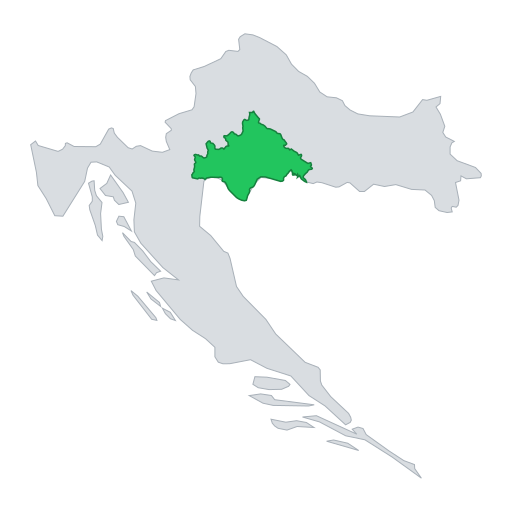 Sisacko-Moslavacka on a map of Croatia (orthographic projection)
{"feature_id": "HRV-1587", "entity_name": "Sisacko-Moslavacka", "entity_type": "County", "adm_level": 1, "iso_a3": "HRV", "parent_name": "Croatia", "parent_adm1": "", "projection": "orthographic", "projection_center": [16.353, 45.412], "detail": "fine", "context": "in_parent", "style": "filled", "palette": "green", "viewbox_px": 512, "rotation_deg": 0, "n_neighbors": 0, "source": "natural_earth", "source_scale": "10m", "svg_char_len": 8271}
<svg xmlns="http://www.w3.org/2000/svg" viewBox="0 0 512 512"><path d="M35.5,141.0L38.2,145.5L58.1,151.4L62.6,149.2L65.3,145.7L65.4,143.4L67.1,142.8L74.1,146.5L95.8,146.7L100.3,144.1L108.7,129.1L111.4,127.9L113.2,128.5L114.3,133.1L117.4,137.3L128.1,147.7L132.2,149.0L136.3,146.3L140.5,145.6L152.3,151.1L162.4,152.3L169.8,149.6L166.3,141.4L165.7,137.3L166.3,133.7L171.4,130.2L171.2,128.6L165.1,122.2L165.5,120.6L179.0,113.7L192.0,109.8L194.1,106.8L196.0,93.6L195.4,86.5L190.2,79.8L189.9,76.5L191.2,73.0L193.2,69.9L204.4,66.4L220.8,58.7L225.8,51.5L228.8,50.3L237.9,51.4L239.8,49.6L238.6,39.3L240.2,36.7L244.9,33.8L252.9,34.9L259.5,37.5L277.0,46.6L286.3,54.9L291.5,64.2L298.6,71.4L307.4,76.4L314.5,83.3L319.8,92.0L327.1,96.8L336.4,97.8L342.4,100.7L344.9,105.6L350.1,110.0L357.8,113.9L369.7,115.8L399.7,117.0L412.9,112.0L422.6,99.6L426.9,100.3L440.7,96.4L440.0,103.6L436.0,107.0L440.4,114.3L444.8,126.3L442.8,132.4L445.7,137.0L454.3,141.4L451.9,142.8L450.1,146.9L450.1,154.1L457.1,160.7L475.5,167.5L481.1,173.4L481.3,175.9L480.4,177.7L466.4,178.8L461.0,175.9L460.6,180.8L455.5,182.5L459.0,200.2L458.0,205.4L456.2,207.2L452.2,206.4L451.2,208.1L452.2,211.9L447.1,212.5L439.0,210.7L435.2,207.4L434.3,200.6L431.6,195.4L425.0,190.0L411.6,189.4L395.8,184.6L384.5,186.5L373.6,184.2L364.4,191.5L359.6,191.5L350.0,182.9L347.2,182.4L339.0,186.9L335.7,187.2L321.9,182.7L316.9,182.0L313.2,183.6L306.6,182.0L290.7,170.7L280.9,179.4L260.9,177.4L255.0,183.3L248.2,194.6L242.7,200.0L237.9,198.1L232.2,193.1L222.4,180.3L217.4,177.9L211.6,177.4L206.6,178.8L203.9,181.3L199.8,216.5L199.6,226.3L210.7,235.5L223.7,251.3L227.9,253.1L230.0,258.3L236.5,286.5L243.2,296.4L265.9,319.4L275.7,334.0L305.1,362.3L318.1,367.3L320.2,369.9L320.4,381.0L321.8,385.1L330.7,396.6L348.6,413.4L350.7,417.3L351.3,420.2L350.2,422.4L345.6,424.8L325.0,405.9L309.0,395.6L290.9,376.0L266.9,368.3L250.5,359.7L229.8,363.7L223.0,363.8L218.3,362.2L214.9,356.8L214.9,347.3L205.4,338.6L192.5,330.3L180.3,319.5L156.1,290.5L151.3,281.2L163.9,277.9L178.5,279.9L162.9,267.6L140.9,243.3L134.4,231.9L133.9,219.8L135.8,203.1L132.0,191.1L115.2,175.3L109.2,167.0L96.7,161.9L91.0,162.2L87.5,168.1L84.7,181.4L62.9,216.2L54.8,215.7L46.2,198.6L37.9,185.6L36.4,172.2L30.7,144.7L35.5,141.0ZM414.5,464.6L414.7,468.6L421.4,478.2L392.2,457.1L364.9,439.8L345.7,435.8L319.5,421.9L302.5,417.0L316.4,415.7L356.8,434.2L352.2,429.2L358.0,427.1L363.0,428.5L366.2,434.6L389.1,451.0L403.8,460.6L414.5,464.6ZM102.8,236.4L102.1,240.6L97.5,235.1L95.3,225.5L89.8,209.8L89.2,205.5L92.3,201.2L92.3,196.9L88.5,183.2L92.0,181.1L94.1,180.8L94.7,190.3L96.4,195.7L102.0,202.5L100.6,213.5L101.4,229.2L102.8,236.4ZM128.4,202.3L118.8,204.5L114.4,200.2L113.3,196.8L105.5,195.5L100.0,188.5L106.8,183.4L110.6,175.0L123.1,192.6L128.4,202.3ZM281.6,389.3L269.1,389.6L258.2,387.7L252.9,384.3L254.9,376.7L267.0,377.2L285.4,380.5L290.0,384.4L288.6,386.3L281.6,389.3ZM314.2,404.8L308.6,406.0L273.2,405.4L263.0,403.2L249.2,395.6L260.7,393.9L271.4,395.5L274.7,399.7L314.2,404.8ZM156.5,272.7L154.5,275.6L135.3,256.0L133.3,249.6L123.9,236.3L122.5,232.7L131.1,241.5L134.4,242.4L142.7,250.9L150.8,261.7L160.6,271.2L156.5,272.7ZM271.0,419.2L285.8,422.2L296.6,420.7L306.4,422.5L314.0,427.5L297.1,426.5L287.0,430.1L278.1,428.3L274.7,426.0L272.3,423.2L271.0,419.2ZM155.9,317.7L156.9,320.4L151.7,319.3L133.0,295.2L131.0,290.6L137.8,296.2L155.9,317.7ZM123.8,216.7L131.4,231.0L124.2,226.5L117.8,224.7L116.4,221.4L118.9,216.2L123.8,216.7ZM347.7,443.2L358.7,450.5L326.6,441.2L333.6,440.0L347.7,443.2ZM170.3,312.3L175.4,320.5L170.5,318.8L165.4,313.7L162.4,308.2L170.3,312.3ZM159.5,302.5L160.6,306.4L151.0,299.0L146.7,292.0L159.5,302.5Z" fill="#d9dde1" stroke="#a8b0b8" stroke-width="1"/><path d="M292.9,175.1L292.5,174.5L292.5,173.6L292.4,172.7L291.7,170.4L291.1,169.8L289.0,171.6L288.8,172.1L288.2,173.0L287.4,173.9L286.8,174.3L286.3,175.6L285.6,176.1L284.7,176.5L284.0,177.2L283.5,178.5L283.6,179.5L283.5,180.3L282.5,181.1L280.6,181.4L265.3,176.9L260.8,176.8L257.2,179.2L254.7,184.8L253.6,186.5L252.8,187.1L250.8,187.8L250.1,188.3L249.5,189.3L249.5,189.9L249.7,190.6L249.5,191.9L249.2,192.7L247.6,195.7L246.8,198.8L246.3,200.3L244.5,200.8L241.6,200.2L238.7,198.9L236.5,197.5L229.5,190.5L228.2,188.7L226.5,184.4L225.4,182.5L224.4,181.7L222.7,181.4L222.1,180.8L222.1,180.3L222.4,179.5L222.4,178.6L221.8,177.6L220.9,177.2L220.0,177.1L218.3,177.4L210.9,177.2L206.8,177.9L205.0,179.4L203.7,178.5L203.4,178.3L203.1,178.3L202.7,178.3L202.5,178.2L202.3,178.1L202.1,178.0L201.9,177.9L201.7,178.0L201.0,178.3L200.7,178.3L200.5,178.2L200.0,178.1L198.9,178.1L198.6,178.2L198.4,178.4L197.9,178.8L197.7,178.9L192.5,177.8L192.3,177.6L192.1,177.0L192.0,176.2L191.9,175.6L191.9,175.0L191.9,174.6L192.3,174.3L192.8,173.4L193.1,172.7L194.1,171.8L194.3,171.5L194.2,171.1L194.0,170.7L193.9,170.2L193.9,169.7L194.0,169.1L194.4,167.8L194.5,167.2L194.6,166.5L194.6,165.9L194.5,165.3L194.4,164.7L194.4,164.2L194.5,163.8L195.7,162.8L195.8,162.6L195.8,162.3L195.6,161.7L195.3,161.2L194.9,160.5L194.7,160.1L194.6,159.7L194.7,159.2L195.2,157.4L195.2,156.9L195.0,156.6L194.3,155.9L194.0,155.5L194.1,155.1L194.5,154.7L195.6,154.4L197.6,155.0L198.6,154.9L198.9,155.2L199.4,156.0L199.8,156.1L200.6,156.0L201.1,156.0L201.7,156.3L202.4,156.9L203.1,157.5L203.5,157.8L203.9,158.0L204.5,157.9L206.1,157.4L206.6,157.0L206.9,156.5L206.9,155.4L207.7,153.9L207.9,153.3L207.7,152.4L207.8,151.7L207.9,151.2L208.2,150.6L208.3,150.1L207.9,149.5L207.5,148.7L207.1,148.1L206.1,143.8L208.1,141.4L209.2,140.9L209.7,141.0L210.0,141.2L210.2,141.5L210.3,141.9L210.4,142.3L210.3,142.6L210.6,142.9L210.8,143.0L212.9,143.4L214.5,145.2L214.9,146.1L214.9,146.4L214.9,146.8L214.8,148.1L215.4,149.2L218.6,149.4L219.7,149.1L220.3,148.5L220.9,148.1L221.5,148.0L222.3,148.0L222.8,148.2L223.2,148.4L223.9,149.1L226.0,146.5L226.6,146.2L227.5,146.0L228.4,146.1L228.7,146.0L228.8,145.8L228.7,145.5L228.5,145.2L228.2,144.9L228.1,144.5L228.1,142.8L228.0,142.2L227.5,141.7L226.2,140.6L225.9,140.3L225.7,139.9L225.7,139.5L225.6,138.7L225.5,138.3L225.1,138.0L224.4,137.8L224.2,137.6L224.0,137.3L223.9,136.7L223.9,136.2L224.1,135.8L224.5,135.7L226.2,135.9L226.9,135.8L227.5,135.5L229.7,133.7L230.9,132.3L231.2,132.1L231.7,131.9L232.1,131.8L232.7,132.0L233.5,132.5L234.1,133.5L234.4,133.9L234.7,134.0L235.5,134.1L236.0,134.3L236.5,134.7L237.1,135.3L237.7,135.8L238.5,135.9L240.6,135.1L241.6,134.2L243.1,131.0L242.7,127.8L243.0,126.4L242.5,123.5L242.6,122.4L242.8,121.7L244.0,119.8L244.4,119.5L244.8,119.4L246.1,120.2L246.6,120.4L246.9,120.4L248.3,120.0L248.6,119.8L248.8,119.5L248.8,119.4L249.1,117.2L249.7,115.0L249.7,114.3L249.7,113.8L249.7,113.3L249.5,112.5L252.5,112.5L252.7,112.4L253.0,111.6L253.2,111.4L253.4,111.3L253.7,111.3L253.9,111.6L254.1,112.2L255.0,113.7L258.2,117.6L259.4,118.8L259.4,119.5L259.1,120.2L258.8,120.9L258.5,122.3L258.6,122.8L258.9,123.0L259.4,123.1L260.1,123.3L260.9,124.0L261.6,124.4L262.4,124.6L263.4,125.0L265.1,126.3L266.3,127.8L267.0,128.5L267.4,128.7L268.8,128.7L270.4,129.0L275.6,131.5L276.0,131.8L276.8,132.9L277.3,133.3L278.1,133.5L279.9,133.7L280.4,134.1L280.7,134.5L281.8,137.4L282.1,138.1L282.7,139.1L283.2,139.5L283.9,139.8L284.1,139.9L284.3,140.1L285.1,141.4L286.2,142.8L286.6,143.5L286.7,143.9L285.3,145.3L285.0,145.3L284.7,145.3L284.5,145.2L284.2,145.2L283.8,145.3L283.7,145.5L283.7,146.0L284.2,147.0L284.8,147.6L285.4,148.1L286.0,148.3L286.6,148.4L288.1,148.3L288.7,148.5L289.0,148.9L289.4,149.7L289.6,149.9L290.0,149.8L291.3,149.0L294.1,151.2L296.7,152.5L297.1,152.9L297.3,153.1L298.5,155.2L299.5,154.9L300.5,154.5L300.9,154.4L301.2,154.4L301.4,154.7L301.6,155.3L301.5,155.9L301.4,156.3L301.0,156.9L300.6,157.6L300.6,158.0L300.6,158.5L300.8,158.8L301.6,159.5L307.9,163.4L310.7,162.7L311.4,164.6L311.4,165.0L311.3,165.4L310.9,165.7L310.6,166.1L310.5,166.4L310.9,167.0L312.0,167.9L312.2,168.2L312.3,168.5L312.1,168.8L311.7,169.2L310.7,169.4L310.0,169.4L309.6,169.5L308.7,169.9L308.5,170.0L308.2,170.4L307.3,172.0L306.1,173.1L305.7,173.4L303.8,175.5L303.6,175.8L303.4,176.1L303.2,177.2L303.3,177.6L303.7,178.1L304.4,178.6L305.5,179.7L306.6,182.2L306.6,182.3L304.6,181.4L301.3,178.9L299.7,175.6L299.3,176.0L298.1,176.8L297.6,177.2L297.9,176.3L298.0,175.6L297.9,175.0L297.6,174.2L296.9,175.6L296.0,175.0L295.1,173.9L294.0,173.5L294.3,174.2L294.5,174.9L292.9,175.1Z" fill="#22c55e" stroke="#15803d" stroke-width="1.5"/></svg>